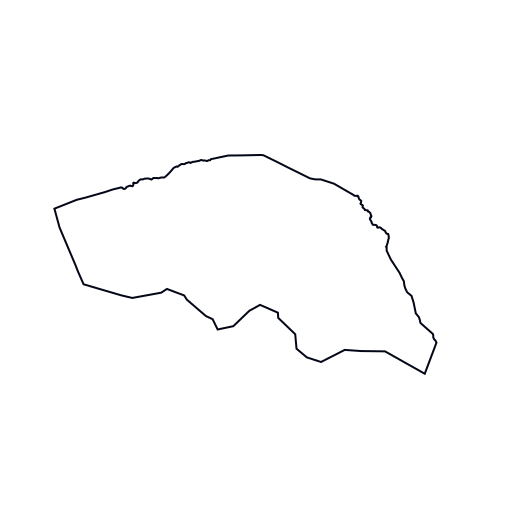 Santa Lucía Miahuatlán, Oaxaca, Mexico (Robinson projection), rotated 295°
{"feature_id": "50627088B60870916412077", "entity_name": "Santa Lucía Miahuatlán", "entity_type": "district", "adm_level": 2, "iso_a3": "MEX", "parent_name": "Mexico", "parent_adm1": "Oaxaca", "projection": "robinson", "projection_center": [-96.604, 16.179], "detail": "fine", "context": "isolated", "style": "outline", "palette": "ink", "viewbox_px": 512, "rotation_deg": 295, "n_neighbors": 0, "source": "geoboundaries", "source_scale": "gbopen_adm2", "svg_char_len": 3421}
<svg xmlns="http://www.w3.org/2000/svg" viewBox="0 0 512 512"><g transform="rotate(295 256 256)"><path d="M213.7,53.3L198.8,65.9L171.2,96.5L166.7,101.2L157.5,111.7L163.4,150.5L165.7,161.6L182.7,185.6L188.5,189.2L189.9,207.6L187.2,211.8L182.9,227.1L180.4,236.0L180.4,243.4L173.2,252.3L182.8,265.1L203.5,273.1L213.4,280.3L213.9,299.8L209.3,302.3L201.7,324.6L189.1,331.9L185.6,344.9L187.4,359.7L208.4,376.1L214.3,391.5L224.1,413.2L220.6,458.7L253.4,456.2L253.7,456.2L255.4,454.1L255.6,453.0L257.1,451.1L259.1,450.1L260.1,449.2L264.8,433.4L267.5,431.3L269.5,429.4L271.5,425.1L280.3,418.6L285.6,413.8L287.0,408.3L289.9,404.8L292.2,402.8L295.7,400.6L297.7,397.7L297.8,397.6L301.2,393.5L301.3,393.4L309.8,379.7L316.1,372.1L319.0,370.8L319.2,370.3L319.3,370.0L320.6,370.2L321.5,370.0L322.5,369.8L323.8,369.8L324.6,369.4L325.3,369.4L326.2,369.1L327.2,368.9L328.2,368.9L329.0,368.4L330.1,367.9L331.1,367.1L331.8,366.5L331.7,366.0L331.5,365.9L331.5,365.4L331.6,364.7L332.0,363.7L332.8,362.9L333.3,362.3L333.4,361.3L333.4,360.6L333.6,359.9L333.6,358.9L334.1,358.0L334.0,357.7L334.2,357.2L334.2,356.7L334.3,356.1L334.0,355.3L333.6,355.0L333.2,354.6L333.1,354.0L333.4,353.5L333.9,353.2L334.7,352.4L334.7,351.6L334.5,350.6L334.1,349.8L333.7,348.9L333.9,348.4L334.5,347.5L335.0,346.7L335.7,346.4L336.2,345.8L336.8,344.7L337.4,343.9L338.0,343.4L338.6,343.3L339.0,343.5L339.5,343.9L340.3,343.9L340.5,343.3L341.3,343.4L341.9,342.6L342.7,341.9L343.3,341.4L343.5,340.7L343.8,340.0L343.7,339.2L343.7,338.7L344.4,338.3L344.5,337.6L344.2,337.1L344.0,336.4L344.1,335.7L343.8,335.2L344.2,334.7L344.5,334.2L344.7,333.6L344.8,333.2L344.9,332.6L345.2,332.0L346.1,331.8L346.9,331.5L347.2,330.7L347.1,329.9L347.2,329.3L347.6,328.6L348.3,328.5L349.1,328.5L349.7,328.3L350.4,328.1L350.8,327.1L350.8,326.5L350.9,325.9L351.3,325.4L351.9,324.7L352.4,324.0L352.9,323.9L353.4,323.3L353.6,322.7L353.4,322.4L353.1,322.2L353.0,321.6L352.5,320.7L352.2,319.4L352.4,318.9L352.5,318.8L354.5,296.1L352.8,282.3L350.4,277.1L349.3,272.6L349.2,271.6L349.5,258.7L349.7,249.0L350.0,240.1L350.2,232.8L350.4,221.6L350.4,219.9L349.5,217.5L340.7,199.6L335.3,188.3L324.7,174.2L323.4,173.9L322.7,172.5L322.0,172.0L321.5,171.7L321.3,171.3L321.2,170.5L321.1,169.8L320.8,168.8L320.2,168.0L320.0,166.3L319.7,165.5L318.8,164.8L317.8,163.7L317.1,162.7L316.6,161.9L316.2,161.5L315.9,161.0L315.3,160.2L314.7,159.0L314.2,158.6L313.7,158.1L313.3,157.7L312.9,157.3L312.7,157.3L312.7,157.0L312.8,156.9L312.7,156.6L312.8,156.3L312.6,155.8L312.3,155.1L311.4,154.4L311.1,154.1L310.6,153.3L309.9,152.8L309.2,152.5L308.7,151.8L308.5,151.1L308.3,150.5L308.0,149.8L307.6,149.3L307.2,149.2L306.8,149.0L306.3,148.6L305.8,148.2L303.7,147.2L303.6,146.2L301.3,144.3L299.9,143.8L298.9,143.6L295.2,142.5L291.8,141.3L289.1,140.1L288.2,139.4L287.8,138.4L287.5,137.7L287.0,136.8L285.6,135.2L285.1,134.5L284.9,133.5L284.6,132.9L284.2,132.0L283.8,131.0L283.4,130.2L282.7,129.7L281.5,129.2L281.1,128.9L281.0,128.0L281.0,126.9L280.5,125.0L279.7,123.7L279.1,122.5L277.5,120.9L276.8,119.2L275.6,118.3L274.2,117.8L272.3,117.4L271.2,116.1L270.9,115.2L270.9,114.3L270.2,113.9L269.1,114.6L267.9,114.9L267.0,114.5L266.6,112.9L266.6,112.2L266.3,111.8L265.6,111.2L264.6,110.2L263.9,109.5L263.5,109.5L262.5,109.4L261.7,109.0L261.2,108.4L260.8,107.4L261.4,105.9L261.1,105.1L261.1,104.6L260.4,103.9L255.8,98.1L250.3,92.3L236.6,76.5L235.4,75.0L231.2,69.8L213.7,53.3Z" fill="none" stroke="#020617" stroke-width="2"/></g></svg>